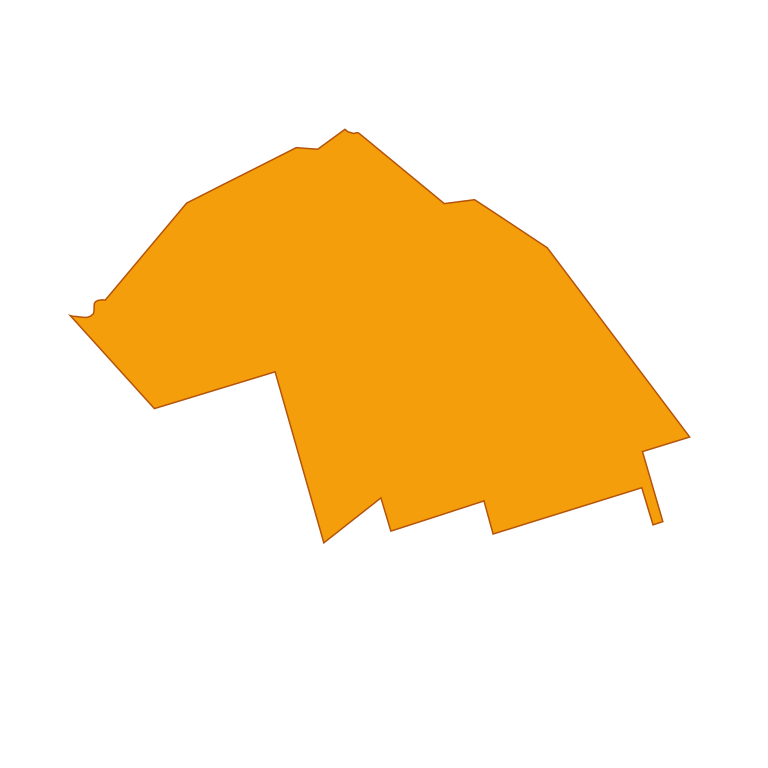 the district of Silípica, Santiago del Estero, Argentina, rotated 242°
{"feature_id": "61730980B28261021809980", "entity_name": "Silípica", "entity_type": "district", "adm_level": 2, "iso_a3": "ARG", "parent_name": "Argentina", "parent_adm1": "Santiago del Estero", "projection": "robinson", "projection_center": [-64.209, -28.168], "detail": "fine", "context": "isolated", "style": "filled", "palette": "amber", "viewbox_px": 768, "rotation_deg": 242, "n_neighbors": 0, "source": "geoboundaries", "source_scale": "gbopen_adm2", "svg_char_len": 879}
<svg xmlns="http://www.w3.org/2000/svg" viewBox="0 0 768 768"><g transform="rotate(242 384 384)"><path d="M193.7,629.0L368.9,601.4L427.6,592.1L474.9,566.5L504.2,550.5L515.0,521.9L613.3,481.2L616.2,480.0L617.0,479.6L618.1,478.9L618.8,477.7L619.0,476.5L619.6,474.5L620.6,473.6L622.1,472.2L623.0,471.1L624.4,470.2L627.2,469.1L622.4,435.7L633.9,417.4L634.7,377.3L635.6,336.8L636.4,294.7L589.0,177.4L589.0,177.2L590.0,175.7L590.9,174.0L592.1,170.6L592.1,168.0L591.0,166.0L587.8,164.0L585.1,162.6L582.5,160.5L581.7,156.8L582.2,153.2L583.7,150.4L585.4,147.8L585.6,147.4L588.1,144.0L589.8,141.1L591.7,139.1L495.9,163.2L485.2,165.9L470.1,169.7L445.9,293.6L272.0,256.3L284.9,327.8L250.9,321.0L244.1,359.1L239.0,388.1L233.9,417.1L233.9,417.4L200.3,409.9L200.3,410.0L171.4,562.9L133.3,555.4L131.6,565.6L203.0,580.5L193.7,629.0Z" fill="#f59e0b" stroke="#b45309" stroke-width="1.5"/></g></svg>